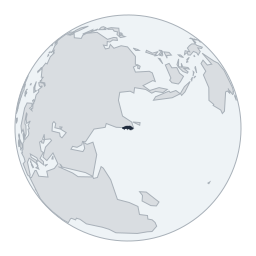 Kerala highlighted on a globe, orthographic projection, rotated 299°
{"feature_id": "IND-2442", "entity_name": "Kerala", "entity_type": "State", "adm_level": 1, "iso_a3": "IND", "parent_name": "India", "parent_adm1": "", "projection": "orthographic", "projection_center": [76.221, 10.533], "detail": "fine", "context": "on_globe", "style": "filled", "palette": "slate", "viewbox_px": 256, "rotation_deg": 299, "n_neighbors": 0, "source": "natural_earth", "source_scale": "10m", "svg_char_len": 9667}
<svg xmlns="http://www.w3.org/2000/svg" viewBox="0 0 256 256"><g transform="rotate(299 128 128)"><circle cx="128" cy="128" r="113" fill="#eef3f6" stroke="#a8b0b8"/><path d="M165.2,21.7L163.1,21.0L165.2,21.7ZM173.3,24.9L172.0,24.6L174.3,25.6L167.3,22.9L170.6,23.8L169.9,23.5L171.6,24.2L173.3,24.9ZM163.6,21.6L162.6,21.4L163.6,21.6ZM124.4,15.4L125.6,15.4L124.6,15.5L121.6,15.5L121.9,15.5L124.4,15.4ZM20.1,95.7L21.0,92.8L23.6,85.7L37.5,65.6L37.8,67.6L45.8,67.3L46.3,68.4L42.6,73.4L46.3,81.8L50.8,77.9L56.9,83.2L62.8,84.0L69.8,74.5L60.2,72.8L61.3,67.8L71.2,65.1L80.0,67.2L80.8,65.4L77.5,60.5L81.9,57.8L76.7,58.7L77.0,60.7L73.8,61.5L73.2,59.7L74.8,58.7L72.8,57.5L65.8,63.1L65.5,65.8L58.8,65.8L57.6,70.3L54.9,72.1L56.1,65.0L57.7,62.7L57.9,55.2L55.5,57.5L55.2,65.0L54.2,64.2L51.0,67.9L52.7,64.4L53.7,56.2L49.3,56.7L39.5,65.2L37.8,65.4L38.2,63.0L45.9,53.6L48.9,54.2L51.7,51.4L54.6,47.0L55.2,47.7L56.8,46.2L58.3,46.5L63.8,43.4L65.9,43.5L71.4,39.3L73.2,38.9L69.4,41.4L67.9,43.5L73.3,44.5L75.4,43.8L78.5,41.1L79.6,42.0L82.0,39.3L86.8,39.1L82.9,37.2L86.5,34.5L91.3,33.0L91.8,31.9L84.1,34.5L81.6,35.9L80.7,37.5L73.4,41.8L70.8,42.1L75.8,36.9L72.6,37.1L77.9,33.4L95.4,27.9L101.0,27.6L103.1,32.2L99.9,33.4L97.5,32.3L96.6,35.6L98.2,34.2L99.1,35.1L102.8,33.3L103.6,33.8L105.7,31.2L107.1,31.8L105.8,33.4L112.4,31.6L116.3,32.4L117.4,31.8L117.5,30.9L122.4,32.9L123.0,32.3L121.6,31.4L121.9,29.9L124.4,28.0L125.9,28.8L125.3,29.6L126.2,32.6L124.1,34.8L125.0,35.0L127.1,33.3L126.0,29.6L127.1,28.3L128.1,29.8L127.8,29.2L128.8,28.8L131.2,29.2L130.4,27.5L139.3,23.7L144.9,24.6L144.8,26.2L152.7,25.5L158.4,27.3L157.1,26.4L160.0,25.9L158.3,25.3L157.9,24.8L164.6,24.2L167.4,25.0L168.9,24.4L168.2,24.0L166.2,23.4L167.3,22.9L174.3,25.6L175.4,26.2L179.0,27.8L181.0,29.3L184.4,31.5L184.5,32.7L187.1,34.6L188.2,35.1L192.7,38.3L197.9,44.0L188.7,37.4L179.9,30.0L183.1,32.6L180.9,31.6L181.1,32.4L183.5,34.5L184.7,35.0L180.9,37.3L183.7,43.7L187.1,43.5L190.6,45.7L196.7,54.6L195.6,67.1L200.3,71.6L201.5,74.5L199.5,76.3L197.6,72.0L194.4,70.4L193.6,67.9L189.8,69.8L188.6,66.3L186.2,69.9L188.6,72.7L192.5,72.0L190.9,77.0L196.6,82.1L198.7,88.3L194.3,99.7L187.5,103.4L187.4,105.5L183.9,103.2L180.5,107.4L187.9,119.1L188.0,122.5L181.9,129.3L181.5,126.7L172.4,120.6L171.4,128.9L178.4,135.6L180.9,143.7L175.9,141.3L173.3,134.2L170.0,131.9L170.3,124.7L166.5,114.2L161.4,116.2L161.2,112.0L155.2,103.5L147.6,106.2L135.8,117.4L135.0,128.3L130.6,133.0L122.9,117.3L121.4,106.8L117.5,107.7L110.6,98.8L95.3,97.5L94.2,94.7L91.0,95.8L86.4,92.8L85.1,88.4L81.8,88.4L85.5,100.0L89.1,100.1L93.7,96.1L93.9,100.2L98.6,104.2L89.5,113.6L68.6,120.7L68.4,112.5L62.0,89.5L63.2,87.2L63.3,86.9L63.3,86.4L60.8,90.1L60.4,85.8L61.8,101.3L61.2,107.9L68.2,121.1L67.1,122.3L69.9,125.2L81.2,123.2L80.9,125.9L74.4,137.9L60.4,153.4L63.4,165.1L64.2,174.7L57.9,180.0L60.9,187.5L58.0,189.5L59.4,193.6L58.5,197.5L56.0,200.7L49.1,199.2L46.7,195.4L40.3,187.3L30.5,168.2L30.2,160.4L28.8,153.7L24.0,138.1L24.9,130.3L24.1,126.6L22.2,126.7L21.6,122.3L20.6,121.7L16.3,121.7L16.2,115.5L18.3,102.4L20.1,95.7ZM29.7,76.2L28.6,78.2L29.7,76.2ZM87.4,75.0L94.0,76.2L94.3,69.8L96.8,69.9L96.0,67.8L94.3,69.4L92.8,63.9L96.8,62.7L97.7,60.1L95.5,59.7L88.5,63.0L90.5,70.6L87.7,72.8L87.4,75.0ZM64.0,38.4L63.3,39.5L61.1,41.0L58.5,41.8L61.8,39.4L64.0,38.4ZM62.9,40.7L68.6,35.8L70.4,35.4L68.4,36.4L69.1,36.7L66.1,38.4L62.3,43.2L60.0,45.0L56.5,44.8L58.9,43.7L59.4,42.6L62.9,40.7ZM79.8,26.9L82.3,25.6L83.0,26.4L80.6,27.6L77.9,28.1L79.2,27.1L79.8,26.9ZM107.1,17.3L108.0,17.1L108.8,17.0L113.7,16.3L113.2,16.3L116.2,16.0L115.2,16.2L116.7,16.0L117.3,16.3L114.0,16.9L115.9,16.7L116.4,17.1L113.8,17.8L113.5,17.4L111.0,18.6L108.9,18.5L108.7,18.7L106.1,19.0L102.7,19.7L102.2,19.6L101.1,20.0L99.4,20.3L97.7,20.8L96.1,20.9L93.9,21.6L94.4,21.3L91.1,22.6L92.9,21.7L90.8,22.3L90.1,22.8L86.3,23.4L96.6,19.8L107.1,17.3ZM121.5,15.5L121.3,15.6L122.5,15.5L121.0,15.6L124.6,15.5L121.2,15.9L118.3,16.2L118.6,15.8L117.3,15.9L121.5,15.5ZM48.6,66.8L49.3,67.3L50.8,67.4L48.8,69.9L48.6,66.8ZM49.1,61.2L50.0,61.1L47.9,64.4L47.2,64.1L49.1,61.2ZM52.3,58.4L50.2,60.8L50.9,59.3L52.3,58.4ZM70.4,41.3L71.6,41.1L71.0,41.8L69.6,42.7L70.4,41.3ZM105.9,22.6L106.2,22.0L107.0,21.9L109.5,20.6L111.3,20.7L110.4,21.6L105.9,22.6ZM67.2,75.9L64.5,77.5L64.0,76.4L65.1,76.1L67.2,75.9ZM55.4,73.5L57.3,75.3L54.8,74.2L55.4,73.5ZM108.3,22.6L109.1,22.0L109.5,22.4L108.3,22.6ZM112.7,20.8L113.4,21.3L111.8,20.6L112.7,20.8ZM118.6,224.6L120.5,225.7L118.5,225.7L118.6,224.6ZM80.8,175.0L78.3,191.0L73.6,190.6L71.2,185.6L71.0,175.7L76.0,173.4L77.9,169.0L80.8,175.0ZM203.4,161.3L205.8,161.6L205.7,162.1L203.4,161.3ZM200.9,159.7L203.8,159.7L200.3,160.8L200.9,159.7ZM204.9,159.7L207.9,158.5L209.1,157.6L208.8,158.7L204.9,159.7ZM198.9,159.8L187.2,160.3L182.5,159.1L183.7,157.1L191.5,157.3L198.9,159.8ZM183.3,157.1L175.9,152.0L164.6,136.8L168.7,137.0L180.2,146.0L179.5,147.7L184.0,151.7L183.3,157.1ZM200.9,146.6L200.1,151.5L193.8,151.4L190.9,150.7L188.9,144.5L190.0,141.3L192.5,141.3L201.2,130.1L204.4,132.6L201.9,137.2L204.5,141.4L200.9,146.6ZM135.6,129.3L138.6,135.9L136.1,136.9L135.6,129.3ZM204.2,122.4L201.0,127.3L203.7,120.9L204.2,122.4ZM205.4,116.5L205.9,118.8L204.2,116.6L205.4,116.5ZM187.9,108.7L185.3,109.3L184.9,107.7L188.0,105.9L187.9,108.7ZM200.4,93.8L201.4,98.5L201.3,100.2L199.6,97.3L200.4,93.8ZM124.3,25.3L118.7,26.7L115.9,28.3L116.1,29.9L113.4,28.4L117.8,26.0L124.3,25.3ZM137.3,23.7L137.1,22.6L138.7,22.9L139.0,23.2L137.3,23.7ZM136.1,23.1L132.9,22.2L133.8,21.5L136.1,22.4L136.1,23.1ZM120.4,21.7L118.6,22.1L118.4,21.6L120.4,21.7ZM204.6,209.4L207.5,205.9L209.0,205.3L205.9,208.5L204.6,209.4ZM206.8,195.9L189.5,204.2L186.4,203.5L188.7,200.4L189.0,191.5L190.2,191.6L191.4,185.4L202.5,179.1L211.0,168.2L215.4,168.5L219.8,160.6L223.7,160.7L221.5,166.8L224.4,170.3L229.4,156.6L228.2,170.6L228.4,175.3L224.9,184.2L213.9,199.9L210.3,203.2L210.9,201.9L209.0,203.6L208.0,203.2L210.1,198.5L208.1,200.2L211.2,196.4L207.8,199.8L208.5,196.9L206.8,195.9ZM238.3,150.4L238.5,149.6L238.4,150.1L238.3,150.4ZM209.4,161.4L213.0,157.4L214.7,157.0L209.4,161.4ZM238.5,148.9L238.3,148.9L238.5,148.1L238.5,148.9ZM238.8,147.1L238.9,146.0L238.6,148.5L238.8,147.1ZM238.7,144.9L238.7,146.7L238.6,145.2L238.7,144.9ZM238.4,145.2L238.2,144.5L238.3,144.2L238.4,145.2ZM233.6,147.7L234.7,153.8L233.3,153.8L231.9,150.2L229.9,154.1L225.8,154.0L227.1,151.6L226.7,148.1L222.0,147.2L221.0,145.0L222.9,143.3L219.5,141.8L223.3,140.5L224.6,145.0L226.7,141.2L229.8,141.8L232.5,143.0L234.2,146.3L233.6,147.7ZM222.9,150.7L223.5,150.7L222.8,152.1L222.9,150.7ZM237.9,142.1L238.1,144.2L238.0,144.8L237.8,144.5L237.9,142.1ZM234.6,145.4L236.7,141.3L237.0,141.3L235.6,145.8L234.6,145.4ZM236.4,138.8L237.1,139.2L237.4,141.3L237.2,142.0L236.4,138.8ZM215.1,147.0L214.9,148.3L213.9,147.4L215.1,147.0ZM216.5,146.2L219.6,147.3L216.2,147.3L216.5,146.2ZM206.2,142.4L207.2,145.4L210.5,143.2L208.0,146.2L210.0,151.1L209.2,153.0L207.2,147.7L206.2,153.4L204.7,153.3L204.1,148.6L205.7,142.6L207.2,140.1L213.0,138.8L206.2,142.4ZM216.6,142.4L215.7,139.0L216.3,136.5L217.3,138.4L216.6,142.4ZM212.8,130.6L210.1,126.7L208.0,128.4L212.0,122.5L214.0,127.2L212.8,130.6ZM210.1,121.9L208.1,123.4L209.9,120.0L210.1,121.9ZM207.4,122.1L206.8,119.3L208.6,119.5L207.4,122.1ZM211.1,121.9L211.0,117.1L212.1,119.9L211.1,121.9ZM205.3,113.1L209.5,117.4L204.5,115.8L202.9,106.8L204.9,106.5L205.3,113.1ZM207.3,77.7L206.0,75.3L207.4,74.8L207.9,76.5L207.3,77.7ZM210.8,71.6L207.4,73.9L204.4,76.1L206.0,77.1L206.5,81.2L203.4,77.5L204.4,73.1L207.0,72.2L206.0,68.9L207.0,66.8L204.7,62.9L204.7,61.3L207.6,64.6L210.8,71.6ZM203.6,61.3L199.9,54.9L203.2,55.8L204.7,57.4L205.0,59.9L203.3,59.2L203.6,61.3ZM200.0,53.7L198.3,53.1L189.2,44.3L188.2,42.8L196.8,49.4L195.6,49.3L197.2,51.4L200.0,53.7ZM163.6,21.8L162.7,21.4L163.9,21.8L163.6,21.8ZM156.9,24.5L156.6,24.0L158.0,24.3L156.9,24.5ZM156.5,22.7L155.1,22.8L155.9,22.4L156.5,22.7ZM152.0,23.0L154.2,22.6L153.0,23.5L152.0,23.0Z" fill="#d9dde1" stroke="#a8b0b8" stroke-width="1"/><path d="M126.1,125.1L125.9,124.8L125.9,124.7L125.7,124.3L125.7,124.2L125.4,123.7L125.5,123.6L125.7,123.8L125.8,123.7L125.9,123.8L126.0,123.9L126.2,124.0L126.3,124.2L126.3,124.3L126.4,124.5L126.5,124.5L126.7,124.8L126.8,124.8L127.0,125.0L127.3,125.2L127.5,125.3L127.6,125.2L127.7,125.4L127.8,125.4L128.0,125.5L128.3,125.6L128.4,125.8L128.2,125.9L128.0,126.0L128.4,126.2L128.4,126.3L128.5,126.3L128.6,126.5L128.4,126.6L128.5,126.7L128.8,126.7L128.9,126.8L129.0,126.8L129.1,127.0L128.9,127.0L129.0,127.2L129.1,127.3L129.3,127.5L129.2,127.7L129.2,127.8L129.2,128.0L129.2,128.3L129.3,128.5L129.5,128.6L129.7,128.4L129.8,128.4L130.0,128.5L129.9,128.9L130.0,129.0L130.0,129.3L129.9,129.3L130.0,129.4L130.0,129.5L129.9,129.8L130.0,129.9L130.2,130.0L130.3,130.0L130.2,130.2L130.2,130.3L130.0,130.8L129.9,130.9L129.8,131.0L130.0,131.3L129.9,131.6L129.9,131.8L130.0,131.8L130.0,132.0L129.9,132.0L129.9,132.3L129.7,132.4L129.4,132.2L129.2,131.9L129.0,131.6L128.9,131.5L128.9,131.4L128.7,131.2L128.8,131.2L128.7,131.2L128.8,131.1L128.7,131.0L128.5,130.9L128.5,130.7L128.5,130.8L128.5,130.7L128.4,130.6L128.3,130.4L128.2,130.0L128.1,129.8L128.1,129.7L128.1,129.4L128.0,129.1L128.1,129.3L128.2,129.6L128.2,129.4L128.3,129.4L128.3,129.5L128.3,129.8L128.3,130.0L128.5,130.0L128.4,129.9L128.4,129.7L128.3,129.4L128.3,129.2L128.2,129.1L128.0,128.8L128.0,129.0L127.9,128.8L127.9,128.7L128.0,128.7L127.9,128.5L128.0,128.6L127.9,128.7L127.8,128.4L127.7,128.2L127.6,127.9L127.5,127.6L127.4,127.6L127.5,127.5L127.4,127.5L127.4,127.4L127.3,127.2L127.3,126.9L127.1,126.5L127.1,126.4L127.0,126.2L126.9,126.2L126.7,125.7L126.4,125.4L126.2,125.2L126.3,125.2L126.4,125.3L126.4,125.2L126.2,125.2L126.3,125.1L126.2,125.0L126.2,124.9L126.3,124.9L126.2,124.9L126.1,125.1Z" fill="#64748b" stroke="#1e293b" stroke-width="1.5"/></g></svg>